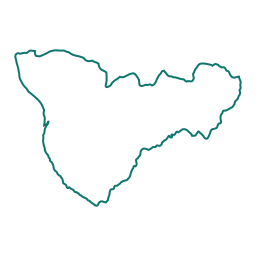 outline of Contadero, Nariño, Colombia
{"feature_id": "7082276B82030364647033", "entity_name": "Contadero", "entity_type": "district", "adm_level": 2, "iso_a3": "COL", "parent_name": "Colombia", "parent_adm1": "Nariño", "projection": "natural_earth1", "projection_center": [-77.512, 0.928], "detail": "fine", "context": "isolated", "style": "outline", "palette": "teal", "viewbox_px": 256, "rotation_deg": 0, "n_neighbors": 0, "source": "geoboundaries", "source_scale": "gbopen_adm2", "svg_char_len": 5728}
<svg xmlns="http://www.w3.org/2000/svg" viewBox="0 0 256 256"><path d="M239.0,76.7L237.6,76.8L235.7,77.4L234.6,77.6L233.3,77.5L232.3,77.2L231.5,76.6L230.8,75.7L229.7,73.9L229.1,72.3L228.6,71.6L228.2,71.2L227.0,70.9L226.4,70.5L225.3,68.5L224.5,67.6L223.9,67.3L222.6,67.4L221.6,67.3L221.0,67.1L219.1,66.0L218.2,64.9L216.0,64.1L215.4,63.9L215.1,64.0L213.6,65.0L212.5,65.5L212.4,65.7L211.0,64.8L209.2,64.5L207.3,64.0L203.8,63.5L201.4,63.5L199.7,64.0L198.6,64.9L197.8,65.8L196.6,67.7L195.8,68.6L194.3,71.4L194.0,72.6L193.3,73.4L193.1,73.8L193.2,75.7L193.6,76.7L193.8,78.5L192.6,80.6L192.1,81.1L191.0,81.4L187.6,81.1L186.7,81.6L185.1,80.7L183.9,79.5L183.6,79.3L181.9,79.2L180.8,78.9L178.8,78.5L177.9,77.9L177.6,77.8L177.0,77.9L176.6,77.7L174.8,77.3L173.6,77.4L172.4,76.7L170.6,76.3L169.3,76.3L168.0,75.6L167.6,75.3L165.5,72.5L165.0,72.2L163.9,70.7L162.4,71.1L162.0,71.4L160.7,73.6L159.4,74.9L158.7,75.8L156.8,79.4L155.5,82.5L154.6,83.7L153.8,84.6L152.4,85.4L151.8,85.4L151.2,85.0L150.3,84.4L149.4,84.5L147.3,85.0L146.3,84.8L145.2,84.9L142.9,85.8L141.8,86.0L140.9,85.9L140.0,85.4L139.7,85.1L139.4,84.4L139.0,80.0L138.1,78.4L137.9,77.9L136.9,76.6L136.1,75.2L135.4,74.7L134.7,73.8L133.6,73.4L132.8,73.3L131.7,73.6L129.4,74.3L124.1,76.9L122.6,77.2L122.0,77.2L120.6,77.1L119.9,76.8L118.1,78.3L114.7,80.5L113.1,81.9L111.8,83.3L110.6,85.4L108.1,86.8L107.4,87.0L106.6,87.1L106.0,86.7L105.8,86.4L105.7,85.5L106.0,83.8L106.6,81.1L106.6,76.8L106.5,73.5L106.3,72.5L104.6,71.2L102.3,70.2L101.2,69.5L100.2,68.5L99.2,66.8L98.6,64.8L98.5,63.6L96.4,62.5L93.9,61.7L92.5,60.7L91.7,60.7L90.5,61.0L89.1,61.2L88.4,61.2L86.8,60.7L85.9,60.3L85.0,59.5L83.8,58.1L83.1,57.7L79.7,56.5L74.8,55.4L73.5,55.0L71.1,53.9L69.0,52.4L68.3,52.1L66.5,51.7L64.8,50.9L63.5,50.5L62.8,50.6L61.8,50.5L60.0,50.6L55.9,50.3L52.5,50.7L49.9,51.4L46.3,53.5L42.8,55.0L40.7,56.0L39.7,56.3L36.9,56.1L36.1,55.8L35.7,55.5L35.3,54.5L34.9,52.9L34.9,51.6L35.0,51.1L30.9,50.6L30.3,50.6L29.0,51.2L27.5,52.5L26.6,52.9L24.4,52.9L22.4,53.1L20.4,53.8L18.3,53.2L17.7,53.3L16.7,53.7L15.8,54.5L15.6,55.0L15.4,56.1L15.4,57.5L16.1,60.0L16.5,62.4L18.0,67.4L18.9,72.2L19.2,73.5L19.4,76.5L19.6,77.7L19.9,78.7L20.7,80.4L22.7,84.0L23.7,85.5L24.9,87.0L26.6,88.6L28.1,91.1L28.8,91.9L33.0,95.2L37.8,99.5L40.5,102.7L41.8,104.7L43.8,109.3L44.0,110.2L44.0,111.2L43.6,112.5L43.6,113.8L43.9,115.4L44.5,116.6L44.8,118.7L44.8,119.4L44.6,120.1L44.6,122.4L44.3,123.8L44.1,125.4L47.0,124.0L47.6,123.2L48.0,121.8L48.2,121.7L48.4,121.7L48.3,122.7L48.0,123.6L46.6,125.5L45.0,128.6L44.7,129.9L44.3,133.1L43.3,134.9L43.2,135.6L43.4,137.3L43.3,138.2L43.1,141.0L43.2,142.2L43.8,145.3L44.4,147.0L44.7,148.3L44.9,149.4L44.9,150.6L45.4,151.3L45.8,152.3L46.6,153.6L47.7,154.8L48.1,155.5L48.7,157.4L49.8,158.7L50.0,160.5L50.1,160.8L52.0,162.6L52.6,164.0L53.1,164.8L53.9,168.8L54.8,170.3L55.4,171.0L56.2,171.6L56.7,172.1L57.1,172.7L57.7,174.1L59.0,175.3L60.2,175.9L60.5,176.1L60.6,176.7L62.0,178.4L62.4,179.0L63.1,182.1L63.2,183.2L64.8,184.1L66.0,185.0L66.5,186.1L66.8,187.2L67.2,187.6L67.7,188.0L68.2,188.0L69.0,187.4L69.3,187.3L70.9,188.7L72.7,189.5L73.1,189.9L73.8,190.5L74.3,191.4L75.0,192.0L76.9,192.3L77.4,193.0L78.4,193.3L78.7,193.5L79.5,194.7L79.9,195.0L80.8,195.3L82.7,196.9L83.6,197.2L84.5,197.7L85.9,198.3L86.6,198.7L87.6,199.9L88.0,200.3L89.4,200.8L91.2,202.5L94.4,204.6L95.0,205.4L95.6,205.3L96.0,205.6L96.4,205.7L97.1,205.7L97.7,205.3L97.9,204.9L98.7,203.1L99.4,202.2L100.9,201.4L102.1,201.3L102.7,201.5L104.2,202.1L105.4,202.4L106.1,202.3L107.0,201.2L107.8,200.2L108.6,196.6L109.0,196.1L109.4,194.8L109.7,192.2L110.1,190.7L110.6,189.8L110.8,189.5L111.3,189.4L112.4,189.2L113.0,189.3L113.4,189.1L114.0,188.3L114.3,186.9L114.6,186.3L115.1,185.8L115.5,185.7L116.5,185.8L117.5,185.5L118.3,184.7L120.2,183.5L120.8,182.5L122.8,181.2L124.6,180.6L126.6,180.3L129.1,177.7L129.5,177.1L130.3,175.6L130.5,174.3L131.4,171.4L132.3,169.3L133.3,168.1L133.5,166.9L133.7,166.5L134.1,166.1L134.4,165.9L135.3,166.3L135.9,165.9L136.3,165.3L136.6,164.5L136.7,163.6L136.4,162.3L136.1,161.3L136.1,159.8L136.3,159.4L136.7,159.0L137.8,158.3L138.7,156.7L139.7,155.8L140.1,155.1L140.3,154.3L140.7,151.4L141.1,150.6L141.5,150.1L142.3,149.3L142.8,148.9L144.2,148.5L144.8,148.6L147.1,149.2L148.0,149.7L148.3,149.9L148.8,149.8L151.4,148.3L152.7,147.2L153.4,147.0L154.6,147.1L155.3,147.0L155.7,146.8L156.6,145.6L157.1,145.4L159.3,145.9L160.2,145.6L161.1,144.9L161.4,144.5L161.7,144.0L161.8,143.3L162.1,142.5L162.4,142.2L162.9,141.7L163.7,141.3L164.4,140.4L165.0,140.1L165.4,140.0L166.2,139.5L167.0,138.5L168.6,136.1L169.0,135.9L169.3,136.0L170.2,137.2L170.5,137.4L171.2,137.5L171.7,137.4L172.0,136.6L171.4,135.1L171.6,134.6L172.2,134.5L173.9,135.0L174.6,134.7L175.2,133.9L176.2,132.1L176.6,131.8L177.1,131.7L178.0,132.2L178.6,132.2L182.4,129.4L183.3,129.2L184.6,129.2L185.4,129.4L186.1,129.7L187.1,130.2L189.6,132.6L190.7,133.4L191.7,134.6L191.8,135.5L192.1,135.8L193.6,135.8L195.2,135.6L195.9,134.8L196.7,133.5L197.4,132.8L197.9,131.9L198.3,131.5L198.6,131.5L199.3,132.0L200.3,133.2L200.8,133.4L203.2,135.8L204.0,137.1L204.9,138.1L205.6,138.6L206.3,138.7L207.0,138.6L207.6,138.1L208.6,136.6L210.0,133.3L210.3,132.5L210.4,131.6L211.3,129.9L212.6,129.1L214.4,128.9L215.5,128.3L215.8,128.3L216.3,128.1L217.2,127.1L217.8,124.9L218.4,123.9L218.7,123.7L220.3,123.3L220.8,122.9L221.0,121.6L220.6,119.5L220.5,117.3L220.7,115.8L221.1,114.7L222.4,113.0L222.7,111.8L223.1,111.2L223.4,110.8L224.0,110.6L225.7,110.6L226.8,110.2L232.3,107.1L233.0,106.3L234.5,104.0L234.7,102.5L235.2,101.5L235.9,100.5L237.4,99.3L237.9,98.5L238.6,96.2L239.0,95.6L239.6,94.9L240.0,93.7L240.1,92.4L239.6,90.7L239.6,89.9L239.7,89.6L240.1,89.3L240.4,88.8L240.6,87.9L240.3,84.9L240.6,82.8L240.6,81.5L239.3,78.3L239.0,77.3L239.0,76.7Z" fill="none" stroke="#0f766e" stroke-width="2"/></svg>